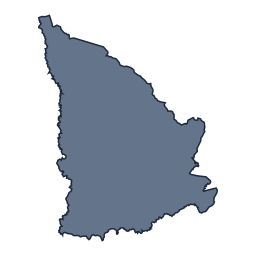 Wassa Amenfi East, Western, Ghana (Mercator projection)
{"feature_id": "2480657B15365927336493", "entity_name": "Wassa Amenfi East", "entity_type": "district", "adm_level": 2, "iso_a3": "GHA", "parent_name": "Ghana", "parent_adm1": "Western", "projection": "mercator", "projection_center": [-2.086, 5.877], "detail": "fine", "context": "isolated", "style": "filled", "palette": "slate", "viewbox_px": 256, "rotation_deg": 0, "n_neighbors": 0, "source": "geoboundaries", "source_scale": "gbopen_adm2", "svg_char_len": 5702}
<svg xmlns="http://www.w3.org/2000/svg" viewBox="0 0 256 256"><path d="M60.6,234.0L61.4,233.5L62.6,235.3L62.7,233.8L64.5,232.3L68.6,233.8L69.4,233.6L71.9,234.2L73.6,235.6L78.7,235.6L80.4,236.9L82.9,236.1L85.6,236.2L86.6,236.4L87.4,238.4L87.9,238.4L89.0,239.6L90.2,238.5L91.3,235.9L93.1,234.7L95.2,235.7L97.9,235.3L100.4,236.4L102.2,240.6L103.3,239.9L103.3,238.6L104.2,237.0L104.2,234.4L105.0,233.1L107.6,232.1L108.4,231.1L108.2,230.4L110.6,228.9L114.0,228.7L116.2,230.3L116.6,230.9L116.6,233.9L117.4,234.1L118.2,232.6L117.7,231.3L118.0,230.1L120.1,228.8L120.3,228.0L121.2,227.9L123.9,228.1L124.1,229.3L125.8,229.6L126.0,230.6L127.4,231.2L128.1,230.8L128.6,231.0L128.6,230.5L130.2,229.6L131.2,229.8L133.1,228.7L134.7,230.3L134.9,231.6L135.7,232.6L137.4,231.7L137.6,233.1L139.0,231.5L140.6,233.2L141.6,233.2L142.6,231.4L142.1,230.5L143.6,231.3L145.6,230.5L147.3,231.0L148.0,229.9L149.6,230.1L149.9,229.0L150.7,229.0L150.2,227.8L151.1,227.8L150.8,227.4L151.4,227.2L152.1,225.3L151.3,223.4L151.6,222.9L152.2,222.1L153.2,222.0L154.1,222.6L154.4,222.1L156.1,221.8L156.1,220.2L156.5,220.6L156.3,220.2L156.8,219.8L158.9,219.0L159.0,217.2L159.8,217.0L161.2,218.4L163.0,216.9L164.5,213.8L165.5,214.1L166.8,213.6L167.8,214.3L168.9,214.3L169.7,215.3L170.7,215.3L171.9,216.3L173.0,214.8L173.9,214.9L175.3,212.9L177.3,212.6L179.4,210.7L179.4,209.9L183.9,208.1L184.1,207.0L184.7,207.2L184.8,206.6L186.3,206.4L187.2,205.0L188.4,205.0L188.9,205.5L190.2,204.3L193.4,204.6L194.5,204.1L194.8,205.2L195.2,204.8L195.4,205.4L196.3,205.5L197.0,206.3L197.0,207.1L198.2,207.7L197.8,208.7L199.6,212.3L201.7,213.0L203.0,212.1L205.2,211.6L206.4,210.8L208.8,207.2L212.4,205.2L213.9,203.4L214.4,201.9L213.7,200.6L214.2,197.5L216.7,193.1L217.2,191.0L217.1,189.7L216.1,188.0L203.6,191.2L203.2,190.5L203.8,190.0L204.0,189.0L205.2,188.4L204.6,187.4L204.8,186.3L206.3,186.4L206.1,184.9L207.1,184.6L207.6,183.6L208.9,184.2L210.2,183.0L210.7,182.0L210.1,180.4L205.9,176.8L197.8,175.9L190.8,174.4L189.5,173.4L192.5,169.1L192.9,169.4L193.9,167.5L196.1,166.0L198.2,166.5L198.6,165.6L198.0,165.3L198.2,163.3L196.4,162.4L195.8,163.7L195.4,163.8L194.8,162.4L195.4,162.0L195.0,161.4L192.0,157.9L192.7,157.6L193.6,158.0L194.3,156.3L193.9,155.4L197.3,151.3L197.0,148.5L200.6,141.2L201.1,137.5L202.0,136.8L204.2,132.2L204.8,131.7L204.1,130.1L204.8,127.1L204.3,122.8L203.8,122.1L201.1,120.4L200.9,119.3L199.8,118.5L197.8,118.2L197.8,120.0L195.3,120.2L194.1,119.3L193.8,118.1L193.2,117.6L188.1,120.2L187.3,123.1L186.0,124.1L185.7,123.6L184.6,123.6L181.7,125.0L178.7,123.1L177.5,122.7L175.8,120.3L174.0,119.3L174.1,114.7L172.4,111.7L171.2,111.1L167.8,111.1L167.4,109.5L164.9,106.5L164.2,104.7L165.3,102.8L160.3,101.8L157.4,100.6L156.7,99.0L155.3,98.4L154.0,95.6L152.8,95.1L152.2,94.1L153.0,91.2L152.8,89.3L151.1,86.4L150.7,83.5L149.0,84.0L146.8,83.2L146.0,81.8L143.7,79.3L141.6,77.7L140.7,76.2L138.3,75.3L134.3,72.5L133.7,69.8L130.9,67.7L126.7,66.2L124.0,66.6L120.1,65.1L118.9,62.1L116.2,58.9L114.9,58.3L113.8,58.5L110.7,56.6L109.1,56.7L107.8,55.6L106.3,55.8L107.9,53.3L107.9,52.0L103.4,46.9L73.8,38.0L69.6,38.7L69.1,37.5L69.2,35.1L68.3,34.4L67.0,34.6L66.0,33.4L65.3,33.5L63.7,32.4L61.2,29.5L60.4,26.8L56.8,25.2L54.0,26.8L52.4,26.3L52.1,23.9L49.4,15.4L46.0,16.5L43.5,16.8L42.4,16.4L38.8,17.6L39.3,20.4L40.2,21.3L39.6,21.9L41.2,23.7L38.9,26.3L38.8,27.6L41.9,29.1L42.4,31.2L42.1,32.7L43.8,34.1L44.2,36.0L44.9,36.4L45.1,38.6L45.9,39.1L45.3,40.2L45.1,41.9L45.7,42.4L45.2,43.4L45.9,43.8L47.0,45.9L47.5,46.1L47.1,47.8L46.2,48.6L45.2,48.7L46.0,51.9L45.7,52.3L46.3,53.1L45.1,53.8L45.0,54.8L46.1,56.0L45.1,57.8L46.7,60.2L46.4,60.5L46.9,60.7L47.2,62.4L47.6,62.4L46.8,63.6L47.9,64.5L47.8,66.7L48.7,66.8L49.7,68.6L49.2,68.9L49.9,69.6L49.9,70.7L48.7,72.9L49.2,72.6L51.1,73.3L52.2,76.1L52.5,75.8L53.6,76.2L53.0,77.8L52.0,78.7L53.4,79.3L53.6,79.0L53.9,79.6L54.5,79.3L55.7,83.1L57.7,83.6L57.9,83.1L58.5,83.2L58.5,83.8L57.7,84.1L57.9,84.9L58.6,85.3L58.0,85.9L58.9,86.6L59.2,85.8L59.8,85.8L60.1,87.3L59.5,88.2L60.5,89.8L60.5,90.4L61.2,90.0L61.4,90.9L60.7,91.7L62.3,93.4L60.7,92.9L60.3,93.4L60.2,94.1L60.8,94.8L60.7,95.4L59.9,95.7L60.0,96.8L60.7,98.1L59.8,99.7L60.0,101.7L59.4,103.3L59.0,103.3L59.3,105.5L60.8,104.9L61.3,105.5L60.0,107.2L60.7,107.3L61.2,108.2L60.1,109.4L60.4,110.2L59.5,110.5L61.0,111.3L60.4,111.8L61.1,113.9L60.6,115.2L61.4,116.0L61.2,116.7L59.4,116.2L59.0,116.7L58.8,117.8L59.5,118.3L59.0,119.0L58.5,118.3L58.4,119.9L59.9,121.2L60.2,122.1L59.1,122.7L58.9,123.7L58.3,123.0L57.5,124.9L57.6,125.5L59.0,125.9L58.5,126.5L61.0,130.3L60.5,132.0L61.6,133.2L60.0,133.5L58.9,134.3L59.9,137.6L59.3,138.4L58.9,137.9L59.4,137.7L58.8,137.4L58.3,137.4L57.9,138.1L58.6,138.6L58.4,142.1L59.6,144.7L58.5,145.0L58.4,145.7L59.3,146.6L59.2,147.5L60.2,147.9L60.1,148.5L60.6,148.3L60.6,149.3L61.7,149.1L62.1,149.5L61.3,151.4L62.5,154.3L63.4,154.1L65.7,155.4L66.1,156.5L65.5,158.3L64.5,158.8L63.1,158.9L62.3,157.7L61.2,160.2L60.7,159.4L59.4,159.2L58.3,160.4L58.0,160.3L56.8,163.3L59.0,166.9L58.8,167.9L60.1,170.6L61.6,171.7L62.9,171.0L63.5,171.5L63.6,172.1L62.5,173.0L62.1,174.6L63.1,175.4L63.4,176.7L66.3,175.7L67.0,175.8L66.6,178.1L67.7,178.0L68.7,179.1L70.6,179.4L71.7,180.8L71.3,181.4L71.6,182.0L71.1,184.0L71.6,185.2L71.3,185.8L70.2,186.1L69.4,187.5L71.8,188.6L71.4,189.1L71.5,190.7L69.1,192.6L67.3,196.8L66.5,197.4L65.8,198.8L67.3,202.0L67.3,203.1L68.9,205.1L68.3,205.3L67.5,207.8L68.6,210.4L68.1,210.9L68.7,211.3L68.4,211.9L66.8,212.4L67.2,214.3L65.4,214.3L65.6,215.2L64.6,215.1L63.9,215.7L62.6,215.8L62.4,216.7L62.9,217.2L62.6,218.3L63.0,219.4L60.8,218.9L59.5,219.4L59.6,220.5L60.2,221.4L60.3,223.8L61.9,226.3L61.0,226.3L59.9,227.2L59.7,228.0L60.2,228.8L58.9,230.4L59.5,231.0L58.8,232.0L59.8,232.4L60.6,234.0Z" fill="#64748b" stroke="#1e293b" stroke-width="1.5"/></svg>